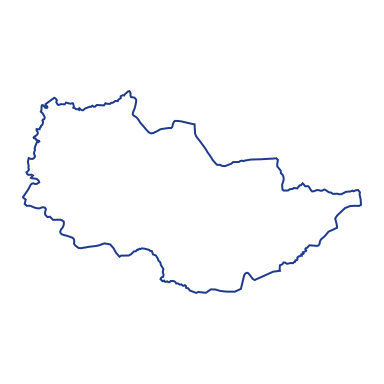 Ngandajika, Kasaï-Oriental, Democratic Republic of the Congo (Albers equal-area conic projection)
{"feature_id": "63176286B5322857834849", "entity_name": "Ngandajika", "entity_type": "district", "adm_level": 2, "iso_a3": "COD", "parent_name": "Democratic Republic of the Congo", "parent_adm1": "Kasaï-Oriental", "projection": "albers", "projection_center": [24.204, -6.701], "detail": "fine", "context": "isolated", "style": "outline", "palette": "blue", "viewbox_px": 384, "rotation_deg": 0, "n_neighbors": 0, "source": "geoboundaries", "source_scale": "gbopen_adm2", "svg_char_len": 5095}
<svg xmlns="http://www.w3.org/2000/svg" viewBox="0 0 384 384"><path d="M125.0,94.1L124.1,95.5L122.7,95.2L120.7,96.3L120.8,98.1L118.3,99.7L117.8,101.1L115.2,101.0L112.9,102.7L111.3,102.8L110.0,103.9L106.9,103.8L106.5,103.6L105.4,103.3L104.0,105.4L103.7,105.4L96.7,105.0L95.0,106.7L93.7,106.7L92.3,105.7L90.9,106.9L89.8,106.7L84.9,108.6L83.2,110.2L82.5,110.3L81.1,109.8L79.3,108.2L78.9,108.7L78.9,109.8L77.8,109.2L76.0,109.2L74.8,108.2L73.3,107.7L73.9,106.5L73.1,103.6L72.7,103.2L70.2,103.7L66.1,102.6L64.7,104.3L61.3,104.2L60.6,104.2L58.7,105.0L58.0,104.8L57.0,103.6L56.3,102.2L56.9,100.1L55.3,98.3L54.2,97.8L45.5,104.2L45.6,105.2L47.1,106.3L47.4,107.2L46.9,107.9L45.3,107.8L43.0,105.2L42.1,105.1L41.6,106.0L41.4,110.4L40.8,111.7L42.8,113.5L44.7,117.1L44.7,117.4L44.7,118.1L44.1,119.3L42.8,119.7L42.4,120.5L43.1,122.1L42.3,124.9L41.2,125.6L40.7,127.2L40.0,127.6L39.6,129.3L36.6,129.1L36.5,130.3L37.7,132.0L37.8,133.2L37.3,134.5L35.3,136.3L34.8,136.3L33.6,137.4L33.9,138.2L35.7,138.7L36.3,140.0L39.0,140.8L39.3,141.5L38.8,141.8L38.4,142.2L36.9,142.2L35.3,146.1L34.7,148.3L34.9,150.1L33.9,153.6L35.1,156.3L34.1,158.0L32.7,158.9L30.8,158.9L28.7,158.1L27.9,161.9L28.7,165.8L28.4,167.8L28.9,169.4L28.5,170.5L26.5,172.3L27.4,174.2L28.3,174.8L31.4,174.7L32.9,175.5L31.0,177.8L32.2,178.3L35.8,178.7L37.3,179.3L38.7,180.8L39.2,182.4L38.8,182.6L36.9,183.8L35.4,184.1L33.4,183.3L31.9,183.7L30.7,184.7L28.3,189.4L23.0,197.1L23.3,197.8L24.0,198.3L25.7,199.5L24.7,204.0L26.9,205.9L28.6,205.7L30.1,205.8L31.4,206.3L33.4,207.1L34.8,207.7L37.4,208.3L39.8,208.3L41.0,207.7L42.4,207.3L43.7,207.3L44.9,207.7L45.9,209.0L45.6,210.0L45.3,211.3L45.0,213.4L45.4,215.0L47.5,217.1L49.1,216.9L49.9,216.7L51.4,218.2L52.2,219.0L53.0,219.8L54.3,219.8L60.7,219.7L61.5,220.1L63.7,221.4L63.9,222.7L63.8,223.7L63.7,225.0L63.0,226.7L62.2,228.2L61.0,229.5L60.2,231.8L60.6,233.2L62.1,234.5L65.8,235.5L67.9,236.1L70.6,237.0L72.6,237.8L73.7,238.9L74.2,240.2L74.2,241.7L74.0,243.7L75.4,245.7L78.7,248.0L81.1,248.2L83.5,247.7L85.9,247.4L88.2,246.9L91.6,246.5L96.6,245.9L99.8,245.1L102.0,244.2L104.6,243.4L110.2,244.4L113.6,248.3L116.1,252.9L119.5,256.7L121.2,255.6L123.5,255.6L128.8,255.5L131.1,254.2L134.0,251.4L135.8,251.2L137.3,249.7L137.9,250.0L138.1,249.9L139.3,248.8L140.7,249.0L141.1,248.8L141.7,248.4L144.2,248.6L149.2,249.9L149.7,250.7L151.9,251.2L153.0,254.4L155.8,255.4L157.6,258.2L158.5,260.7L160.3,262.3L160.8,264.8L163.4,269.0L163.1,270.3L162.7,272.2L163.5,274.3L163.4,275.9L162.9,277.0L162.0,277.1L161.0,278.0L160.5,279.2L162.6,281.2L164.2,280.6L164.6,281.5L165.5,281.9L167.2,281.4L168.1,282.1L169.5,282.2L170.6,281.0L171.9,280.9L174.1,281.2L175.5,282.2L176.2,283.5L177.8,283.4L179.9,284.7L181.3,284.4L182.8,285.7L183.8,285.8L184.3,285.5L184.6,285.2L185.4,285.5L185.9,286.1L186.2,287.9L188.1,288.3L189.0,289.4L189.8,290.5L196.2,292.9L197.4,292.4L198.3,292.0L205.9,292.8L210.8,289.4L215.3,289.5L220.4,291.0L226.1,291.6L231.5,291.7L234.8,291.7L239.1,289.7L240.9,288.9L244.2,275.2L245.3,273.6L246.4,272.9L247.8,272.9L250.1,275.3L252.8,279.0L254.7,280.0L273.1,271.7L280.0,270.8L279.6,269.5L279.9,265.3L282.4,264.3L283.2,263.0L283.5,262.5L284.8,262.5L287.0,263.8L290.9,263.0L293.0,263.2L294.3,261.9L295.1,261.8L295.3,260.4L297.1,260.0L297.5,259.1L297.3,257.6L298.6,256.4L299.9,256.3L300.4,255.6L301.8,255.7L301.5,254.2L303.4,253.9L303.6,253.4L302.9,252.3L305.7,251.2L306.2,250.6L305.3,249.0L305.4,248.8L305.9,248.2L307.2,247.7L309.4,245.3L317.3,245.9L318.5,245.4L319.3,244.5L320.1,241.1L321.0,239.4L324.6,236.4L328.5,231.7L333.7,229.3L337.1,227.7L336.7,224.3L335.2,218.5L337.3,215.3L345.0,208.1L350.3,206.0L355.4,205.8L359.3,205.9L361.0,204.8L360.6,199.0L359.6,194.7L359.8,192.9L359.9,192.3L358.0,190.0L355.7,190.3L353.7,191.3L352.4,190.7L350.2,191.5L346.0,191.8L341.4,194.2L339.4,194.3L337.1,193.7L332.9,193.9L330.9,192.5L329.1,192.4L324.9,189.6L323.8,189.7L322.6,190.5L320.9,190.8L318.5,190.1L316.4,190.2L313.7,191.3L312.0,191.3L310.8,190.0L308.9,186.9L307.8,186.1L305.3,186.3L302.7,183.3L302.1,183.9L300.9,185.3L299.6,185.4L297.3,188.4L293.8,188.0L292.6,189.0L289.8,189.2L288.0,190.5L283.5,190.5L282.5,189.5L282.1,184.9L283.6,180.1L283.7,178.4L283.3,176.3L282.4,174.5L280.9,173.2L280.7,170.7L277.3,166.4L277.2,164.0L277.9,159.9L276.3,158.3L273.1,158.6L267.2,158.9L260.5,159.3L254.9,159.4L250.4,159.6L244.3,160.7L243.7,161.1L241.9,160.7L240.3,161.0L238.8,162.0L233.1,162.1L231.5,163.6L225.1,166.1L222.1,165.9L220.0,164.8L217.7,164.9L216.7,164.6L212.6,159.9L211.2,157.5L209.8,155.4L207.4,152.1L206.2,149.9L204.0,146.7L200.4,141.8L196.2,136.4L195.1,133.6L194.9,129.8L194.7,127.8L194.6,124.3L191.6,123.8L185.2,122.3L181.4,121.4L178.2,121.0L174.9,120.9L173.9,121.8L172.9,124.1L172.3,126.9L171.1,128.1L168.8,128.0L163.7,128.7L161.5,129.0L159.7,129.6L157.6,131.0L155.6,131.9L153.2,133.0L151.2,133.4L148.7,132.3L146.0,129.3L143.4,126.2L140.3,122.7L138.5,119.8L137.0,117.9L135.7,116.8L133.5,115.5L132.7,114.3L133.0,112.4L133.9,110.2L134.6,108.6L135.7,104.2L136.2,101.3L136.1,99.6L135.1,98.3L134.1,97.5L131.0,97.1L130.5,95.3L130.5,93.5L130.2,92.2L129.4,91.1L128.3,91.3L125.0,94.1Z" fill="none" stroke="#1e3a8a" stroke-width="2"/></svg>